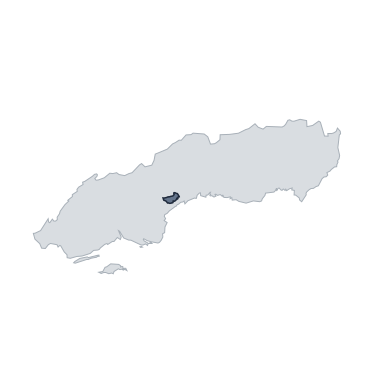 Bollnäs, Gävleborg, Sweden (highlighted), rotated 57°
{"feature_id": "70781695B36702634985897", "entity_name": "Bollnäs", "entity_type": "district", "adm_level": 2, "iso_a3": "SWE", "parent_name": "Sweden", "parent_adm1": "Gävleborg", "projection": "albers", "projection_center": [16.411, 61.335], "detail": "fine", "context": "in_parent", "style": "filled", "palette": "slate", "viewbox_px": 384, "rotation_deg": 57, "n_neighbors": 0, "source": "geoboundaries", "source_scale": "gbopen_adm2", "svg_char_len": 4832}
<svg xmlns="http://www.w3.org/2000/svg" viewBox="0 0 384 384"><g transform="rotate(57 192 192)"><path d="M127.1,263.2L127.8,266.2L129.9,266.0L130.9,263.9L132.3,257.8L131.5,250.7L133.4,248.4L134.8,244.7L137.6,243.7L141.6,239.5L142.2,235.0L143.2,231.7L140.7,221.3L140.7,218.8L145.3,217.7L147.6,211.1L144.8,206.6L140.2,202.2L142.6,189.3L141.1,182.1L141.5,179.1L141.5,174.6L142.8,172.8L140.9,165.9L143.4,161.5L143.2,159.1L150.0,150.2L154.3,148.7L161.9,150.4L163.8,146.8L163.9,144.8L163.4,140.1L159.3,137.2L164.2,129.0L168.0,121.0L168.9,113.1L169.8,109.7L169.1,102.0L173.8,101.2L178.0,98.1L177.5,93.9L186.6,81.0L186.8,78.7L186.2,76.5L184.1,72.5L184.7,70.7L187.0,69.6L188.2,67.9L189.9,61.8L194.5,57.0L199.8,60.0L201.9,54.6L201.6,47.1L203.4,46.3L217.2,50.4L219.3,47.5L216.9,46.2L219.0,43.1L219.6,41.2L219.7,39.0L219.6,37.9L217.6,35.2L221.7,34.6L224.1,35.7L224.4,37.4L234.2,45.5L241.8,48.3L244.2,50.6L245.2,53.2L246.4,53.2L248.0,55.7L249.6,56.9L248.6,58.9L249.0,62.9L249.6,64.8L249.2,68.3L251.7,68.9L252.3,71.0L251.3,73.3L251.7,75.7L255.6,82.6L255.0,85.1L255.1,88.1L253.9,90.4L253.9,92.7L254.4,95.6L255.1,97.0L256.6,97.8L259.9,105.3L257.4,106.1L255.4,105.3L251.1,106.7L250.1,108.0L246.4,105.3L244.6,107.2L243.2,105.8L242.4,108.4L242.4,111.9L240.7,111.8L241.4,113.1L239.3,113.7L239.2,114.3L239.7,115.1L239.1,116.2L236.1,116.8L235.8,118.0L236.8,119.3L236.8,120.2L234.8,119.0L236.3,121.5L236.7,123.3L233.0,130.9L234.6,132.7L236.0,136.8L237.4,138.5L237.0,140.5L232.9,145.4L230.8,152.7L225.4,157.8L222.5,159.2L220.7,162.7L218.4,161.7L218.4,163.7L216.9,162.5L215.8,165.6L213.9,168.2L211.6,167.8L211.3,168.3L212.1,169.0L209.5,169.7L208.8,172.4L206.8,173.2L206.5,174.0L208.5,174.1L208.2,176.3L205.9,177.4L205.2,178.8L204.2,178.8L204.3,177.8L202.8,177.8L202.3,176.6L202.1,176.9L203.1,180.4L202.4,181.9L203.9,183.2L199.8,186.7L197.3,185.4L196.9,186.5L197.5,189.4L199.7,191.8L198.4,193.3L197.1,200.2L198.1,204.4L195.2,203.5L195.4,205.1L194.5,207.0L194.9,209.7L194.6,211.4L195.3,213.0L195.0,213.8L195.5,221.3L196.4,224.6L196.1,227.1L197.3,228.5L200.0,228.7L200.8,230.9L204.1,229.5L206.6,233.7L211.2,237.1L211.0,239.4L213.9,241.0L215.7,244.1L216.5,246.7L216.3,248.3L211.9,252.9L208.5,256.0L204.9,257.9L205.1,258.6L206.9,258.8L211.2,256.6L212.6,258.4L210.2,259.3L209.8,261.9L208.8,263.5L199.1,269.5L197.8,271.3L193.4,274.3L185.5,274.1L184.3,274.7L191.2,275.9L192.8,278.0L189.5,279.4L191.0,284.4L190.1,285.7L190.1,291.3L188.9,291.4L188.4,293.7L189.0,299.3L189.6,300.9L189.4,302.5L187.4,306.3L188.1,310.8L185.8,319.1L183.3,323.8L181.3,330.2L179.1,332.5L176.5,331.0L172.7,331.8L165.6,331.4L164.8,332.0L165.2,334.3L162.7,333.9L158.1,338.7L157.9,341.1L159.5,345.8L157.2,348.7L152.4,347.8L146.0,349.4L140.3,347.6L141.1,346.0L141.9,340.0L136.1,327.2L139.0,328.6L140.3,328.0L138.7,323.9L141.2,323.7L142.1,322.3L141.8,320.0L139.7,318.8L138.1,315.0L136.3,313.0L133.4,305.4L132.5,300.3L131.3,300.7L130.7,294.8L129.0,293.8L129.0,287.9L127.2,287.1L126.2,284.4L126.4,279.3L124.2,278.4L124.7,276.0L124.6,267.0L124.1,264.1L124.9,262.1L126.1,262.0L127.1,263.2ZM219.4,292.5L218.4,293.1L217.8,294.7L216.3,295.6L216.2,300.7L217.7,302.6L216.2,303.5L215.2,306.3L212.5,308.2L211.4,310.0L210.9,312.5L208.5,313.9L210.1,310.1L207.8,305.9L208.3,304.3L208.0,299.3L212.8,292.9L215.0,292.0L216.0,292.7L216.4,291.1L217.1,290.7L219.4,292.5ZM188.1,328.7L186.9,329.8L186.5,328.2L186.6,322.3L189.4,315.2L190.6,314.6L193.9,305.0L194.3,304.4L195.4,305.0L194.6,305.9L194.7,307.6L192.6,312.7L192.0,316.0L191.3,316.8L188.1,328.7ZM220.3,290.5L220.1,291.9L218.8,290.8L219.9,289.1L222.4,289.4L220.3,290.5ZM213.4,253.6L211.9,255.9L211.6,255.0L211.9,253.8L213.4,253.6ZM210.4,265.3L209.6,265.5L210.2,264.0L211.2,263.6L210.4,265.3Z" fill="#d9dde1" stroke="#a8b0b8" stroke-width="1"/><path d="M188.6,205.1L188.2,205.2L187.8,205.2L187.0,205.1L186.4,205.1L185.9,205.1L185.5,205.1L185.1,205.3L184.9,205.6L184.6,205.9L184.3,206.1L183.9,206.3L183.3,206.7L183.0,207.1L182.8,207.4L182.8,207.6L183.2,207.9L183.5,208.2L184.1,208.2L184.4,208.4L184.6,208.8L184.6,209.3L184.9,210.0L184.9,210.4L184.6,211.0L184.1,212.1L183.9,213.1L183.7,213.5L183.6,213.9L183.4,214.3L183.1,214.5L182.9,215.3L182.8,216.1L182.6,216.8L182.4,217.3L182.1,218.1L181.8,218.8L181.5,219.2L181.2,219.5L182.3,219.9L183.4,220.0L183.7,220.1L184.7,219.2L185.3,218.9L186.0,218.6L186.6,218.6L187.4,218.6L187.9,218.5L188.1,218.3L188.1,217.9L188.5,217.6L189.2,217.1L189.5,216.7L189.7,216.2L190.0,215.8L190.0,215.0L190.2,214.6L190.5,214.2L190.5,213.8L190.2,213.4L189.9,213.2L189.7,213.1L189.5,212.8L189.3,212.6L189.5,212.4L189.8,212.2L190.1,211.9L190.2,211.6L190.2,210.9L190.1,210.2L189.9,209.7L189.9,208.5L189.9,208.1L189.9,207.7L189.7,207.8L189.4,208.2L189.1,208.3L189.0,208.1L189.0,207.0L188.9,206.5L188.8,206.3L188.6,206.1L188.9,205.8L189.1,205.5L189.1,205.3L188.7,205.2L188.6,205.1Z" fill="#64748b" stroke="#1e293b" stroke-width="1.5"/></g></svg>